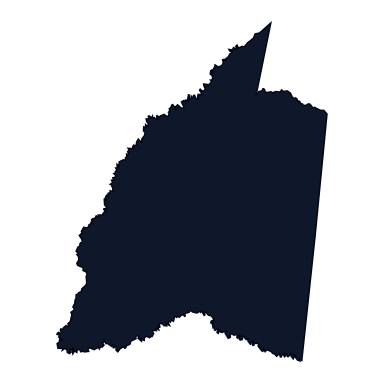 Barão de Melgaço, Mato Grosso, Brazil (Robinson projection)
{"feature_id": "56859067B92677344979366", "entity_name": "Barão de Melgaço", "entity_type": "district", "adm_level": 2, "iso_a3": "BRA", "parent_name": "Brazil", "parent_adm1": "Mato Grosso", "projection": "robinson", "projection_center": [-56.194, -16.698], "detail": "fine", "context": "isolated", "style": "filled", "palette": "ink", "viewbox_px": 384, "rotation_deg": 0, "n_neighbors": 0, "source": "geoboundaries", "source_scale": "gbopen_adm2", "svg_char_len": 5936}
<svg xmlns="http://www.w3.org/2000/svg" viewBox="0 0 384 384"><path d="M294.7,356.1L297.4,360.0L300.1,361.0L300.1,359.3L301.8,360.4L315.0,236.9L327.0,114.0L323.8,110.4L320.4,110.3L314.3,107.3L313.7,108.1L312.8,107.8L310.1,104.3L308.4,103.8L306.4,105.2L303.4,105.5L302.6,104.1L300.4,103.2L299.7,101.4L297.2,100.7L297.1,99.2L295.7,97.9L294.2,98.4L292.5,97.5L290.4,93.1L287.3,90.9L283.2,91.5L281.6,89.9L280.4,91.7L279.1,92.0L275.9,91.5L272.6,92.8L270.9,91.8L266.4,92.6L264.5,90.9L264.8,90.1L263.7,88.7L262.6,89.0L262.5,90.3L261.1,91.2L258.7,91.5L258.6,92.8L256.3,94.3L270.8,23.0L259.5,33.0L255.2,33.9L253.4,38.2L247.6,42.8L244.2,46.9L242.2,46.4L238.5,48.0L237.0,45.1L235.7,46.4L237.0,48.8L236.3,49.4L233.5,47.6L232.5,49.9L228.9,49.4L229.8,51.0L232.0,51.6L231.9,52.4L229.7,54.1L228.4,56.8L226.0,58.5L225.3,60.7L224.2,59.3L222.6,59.8L223.3,62.8L221.9,65.5L218.4,67.0L215.0,64.9L214.5,67.3L212.3,71.0L211.8,70.1L210.8,70.7L210.2,74.1L212.6,76.1L212.4,79.8L210.5,80.1L211.7,81.3L209.1,84.7L203.7,84.0L203.9,86.0L205.4,87.0L204.6,87.4L205.3,89.0L203.8,90.9L202.1,91.0L200.2,89.2L199.5,90.2L201.3,92.7L201.3,94.7L198.1,94.4L197.5,97.3L198.6,98.6L197.5,99.3L195.6,98.2L194.6,95.3L193.5,95.5L193.0,97.7L192.3,97.8L191.3,96.3L191.1,98.5L189.6,99.3L189.1,94.9L188.5,94.8L187.6,99.8L188.5,100.4L186.8,101.0L186.1,100.1L185.3,100.3L185.9,102.2L183.5,100.6L181.5,102.0L184.0,107.3L183.6,107.9L181.3,108.2L177.6,104.8L176.3,106.1L177.1,108.7L175.8,109.9L175.0,109.2L175.7,106.9L173.5,106.2L172.8,104.6L171.8,105.0L170.8,107.6L169.3,108.7L169.7,111.0L168.5,112.2L169.5,113.0L168.7,114.3L168.8,115.7L167.7,116.6L165.6,115.4L164.6,115.7L164.1,114.4L160.2,116.0L159.6,117.5L157.2,115.7L156.7,115.9L156.9,119.4L155.4,119.0L154.4,117.6L152.7,118.0L152.5,116.1L151.5,117.8L149.2,115.9L148.3,116.2L148.9,118.9L146.2,118.9L146.7,121.7L148.3,123.4L148.0,125.4L147.4,126.2L145.6,124.6L145.6,127.4L143.7,126.9L143.5,131.0L145.0,132.1L145.0,133.2L144.6,135.3L141.9,138.9L141.6,141.5L141.1,142.2L138.3,139.1L136.6,142.0L136.3,145.0L134.8,145.7L133.7,145.1L132.6,147.0L132.7,148.7L128.1,148.3L129.0,149.7L127.6,151.9L129.1,153.3L128.0,154.4L126.6,154.0L126.7,156.9L125.5,157.8L125.5,159.8L122.8,160.0L119.2,161.9L119.0,166.2L117.1,164.3L117.1,166.2L118.0,167.7L115.7,168.0L116.9,169.9L115.3,171.8L115.6,172.9L113.8,173.6L115.8,175.6L114.7,177.6L112.9,177.7L113.5,180.1L111.6,180.2L112.7,182.7L110.2,184.3L111.9,185.3L111.9,186.7L113.0,187.8L112.5,191.6L110.2,190.7L109.6,194.3L108.8,194.6L108.8,193.1L108.0,193.4L107.9,196.7L106.5,195.3L105.4,197.4L106.0,199.9L105.2,200.1L104.2,198.5L104.6,204.7L106.7,207.7L106.4,208.5L103.9,208.8L103.8,209.6L106.4,211.5L104.6,211.8L102.8,213.9L102.6,215.1L98.4,215.0L99.0,216.7L96.2,215.9L95.2,218.1L92.5,218.9L91.5,220.0L92.4,223.0L91.0,222.5L90.9,223.6L89.0,224.8L88.4,226.9L87.0,227.9L83.7,227.3L81.4,231.4L82.1,232.8L79.3,235.5L81.6,238.8L82.2,241.2L81.6,243.1L80.6,242.8L80.0,243.8L79.7,245.9L77.9,247.2L76.1,251.3L78.2,253.0L78.3,253.8L76.8,254.5L78.5,256.5L78.9,259.7L76.8,263.4L77.8,265.5L82.4,267.3L83.4,268.6L83.0,270.4L86.2,272.1L87.2,274.4L86.2,276.4L86.7,282.9L85.8,285.3L82.0,288.6L81.0,292.0L79.0,292.4L77.2,294.6L76.2,294.6L75.9,299.4L75.1,299.9L74.8,303.4L72.9,306.9L74.6,309.7L71.0,312.3L71.9,314.7L70.4,321.0L71.3,321.4L69.0,322.6L69.8,323.6L68.0,323.8L68.7,325.8L67.8,326.4L66.1,325.6L63.2,328.0L62.8,329.4L60.7,329.0L60.4,330.6L61.7,332.4L60.9,333.4L58.5,332.4L57.3,333.4L57.0,334.4L59.4,334.7L58.8,337.2L62.3,340.0L61.7,340.6L59.6,339.6L59.4,341.9L57.1,343.6L58.0,348.3L62.9,348.3L62.4,350.2L64.9,348.3L67.1,350.2L67.3,352.4L69.5,353.6L71.2,352.1L69.7,350.8L70.1,349.4L72.3,350.4L72.6,348.6L73.3,348.3L74.4,350.7L76.8,352.4L77.1,349.9L77.9,349.5L79.7,349.9L81.0,351.9L82.4,351.2L84.5,351.9L88.7,351.4L87.9,349.2L89.7,347.7L94.1,349.7L98.4,347.2L99.3,349.0L100.7,346.5L102.2,347.1L104.0,345.1L102.4,343.6L102.2,342.0L103.7,342.6L105.0,340.5L105.9,343.6L107.5,343.5L111.5,346.3L112.4,344.4L113.0,345.1L113.1,347.6L113.9,347.8L115.3,346.4L116.1,346.9L116.1,350.2L117.8,351.8L120.2,348.6L123.4,346.8L124.7,348.2L125.6,347.9L126.6,345.6L129.8,344.4L130.9,341.1L136.0,338.7L135.8,336.3L137.1,335.5L139.8,337.6L138.5,337.5L138.1,338.3L141.5,341.2L141.6,339.4L144.2,340.3L144.2,338.1L146.3,336.2L149.8,337.7L150.6,336.6L152.1,336.5L153.7,333.6L152.2,331.2L152.7,330.5L156.3,330.6L155.4,329.4L156.4,328.7L158.7,329.8L157.7,326.7L158.3,326.1L159.2,327.3L159.9,327.0L159.2,324.3L160.2,323.4L163.0,324.2L163.7,325.5L166.7,325.9L166.2,323.7L169.5,325.4L168.4,323.1L168.5,321.2L170.3,322.1L171.2,320.2L173.5,321.3L174.7,316.0L176.8,317.4L177.9,315.9L179.2,317.3L181.5,315.0L183.4,315.0L184.7,316.3L185.3,315.8L184.3,313.7L189.0,312.3L190.5,310.2L192.4,311.9L196.9,313.0L199.8,311.3L200.6,312.3L201.9,311.4L204.1,315.4L204.9,314.8L204.4,311.9L205.1,311.4L208.4,315.1L211.5,316.0L214.1,319.7L211.2,321.1L210.8,322.8L211.3,323.3L212.7,322.1L213.4,322.7L212.5,324.4L213.1,327.9L214.4,327.4L214.4,329.8L215.2,330.3L216.9,328.7L217.9,329.4L217.0,332.4L218.3,333.4L219.8,330.4L221.0,332.2L222.4,332.5L224.0,331.3L225.9,331.4L225.0,332.9L228.2,338.3L230.3,337.3L230.3,335.0L231.7,333.4L233.6,335.1L239.6,334.6L240.2,335.1L237.3,336.3L236.8,337.2L237.4,338.1L239.3,337.1L239.3,339.2L240.2,340.0L241.8,339.8L242.6,338.8L241.9,336.6L242.9,336.0L246.3,339.6L247.9,338.7L248.1,341.4L250.3,344.1L251.5,341.7L253.2,341.0L252.2,344.3L252.9,345.4L253.6,345.4L254.6,343.3L258.0,343.5L258.7,344.4L258.1,346.1L261.8,350.9L262.8,351.3L263.5,349.3L265.1,351.7L266.3,350.2L268.0,350.0L271.7,352.0L272.5,353.3L274.6,354.0L276.6,356.3L279.4,353.5L280.3,356.9L281.1,357.0L282.6,354.1L283.5,354.0L284.4,356.8L285.1,356.4L285.3,353.9L286.1,353.8L287.4,356.5L288.2,356.7L290.8,353.8L291.0,355.9L293.2,358.9L294.7,356.1ZM294.7,356.1L293.3,354.6L293.7,353.8L295.0,354.8L294.7,356.1ZM212.3,71.0L212.6,71.7L212.6,73.7L211.6,73.3L212.3,71.0ZM72.3,350.4L72.7,352.7L72.9,353.8L74.1,351.6L72.3,350.4Z" fill="#0f172a" stroke="#020617" stroke-width="1.5"/></svg>